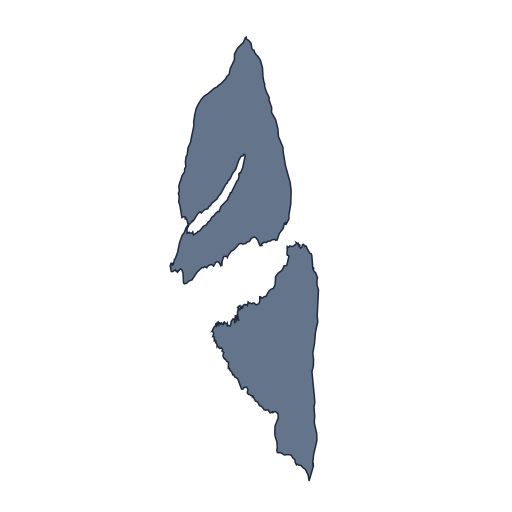 outline of Ibestad nor, Troms, Norway, rotated 278°
{"feature_id": "86288312B28202364266720", "entity_name": "Ibestad nor", "entity_type": "district", "adm_level": 2, "iso_a3": "NOR", "parent_name": "Norway", "parent_adm1": "Troms", "projection": "natural_earth1", "projection_center": [17.142, 68.828], "detail": "fine", "context": "isolated", "style": "filled", "palette": "slate", "viewbox_px": 512, "rotation_deg": 278, "n_neighbors": 0, "source": "geoboundaries", "source_scale": "gbopen_adm2", "svg_char_len": 6089}
<svg xmlns="http://www.w3.org/2000/svg" viewBox="0 0 512 512"><g transform="rotate(278 256 256)"><path d="M362.0,175.4L361.6,175.5L359.0,175.2L353.7,173.6L346.8,173.8L344.6,172.9L338.9,173.0L335.0,174.1L332.4,173.2L329.1,173.5L325.6,171.7L316.1,170.0L313.9,169.9L309.7,171.0L307.3,170.4L304.0,171.7L298.9,171.9L295.5,173.6L283.7,177.3L284.8,178.7L284.7,180.5L282.2,180.7L284.5,180.9L283.1,181.5L282.0,182.7L277.8,184.2L278.5,184.5L278.3,185.9L281.5,187.9L281.3,188.3L282.4,188.7L282.5,189.3L289.3,192.2L291.5,193.9L291.9,194.8L290.9,195.8L294.7,198.5L296.0,201.7L298.1,202.3L300.0,204.1L301.9,204.8L307.1,209.5L310.3,210.7L313.2,212.6L323.2,216.3L324.0,217.3L327.6,218.1L327.5,218.8L329.6,219.9L334.6,221.3L338.8,223.8L348.7,225.7L352.6,227.3L353.3,229.1L355.1,229.7L354.8,230.8L353.5,231.3L341.4,230.5L336.1,229.1L336.3,228.7L335.5,228.3L335.6,227.9L334.7,227.5L332.3,228.1L328.9,227.7L327.9,226.8L315.5,222.8L315.0,221.8L314.2,222.1L313.4,221.3L311.6,221.2L310.2,220.3L308.0,220.1L300.1,214.4L294.8,213.2L294.7,212.0L292.7,210.2L290.1,208.8L288.3,206.9L284.4,205.4L283.2,204.1L279.7,202.3L278.2,199.8L272.6,196.5L272.2,195.0L271.1,194.5L268.2,191.1L271.1,190.0L269.7,189.3L269.5,187.3L270.2,186.5L269.3,185.8L269.7,185.0L269.2,184.6L273.5,183.9L276.6,185.2L277.0,184.2L274.1,182.8L269.2,181.7L265.8,179.9L259.1,178.5L248.6,177.8L242.4,176.5L241.1,175.7L236.4,175.3L235.1,174.3L235.9,173.7L236.4,174.3L237.7,174.6L236.3,174.1L236.7,173.7L236.1,173.6L236.6,172.7L234.1,172.4L228.9,174.2L228.9,175.6L231.0,177.9L229.6,179.3L230.1,180.0L229.1,180.5L232.6,182.9L232.1,184.3L229.2,186.0L219.2,188.0L218.5,189.0L219.3,191.0L222.0,193.2L223.5,196.0L231.7,199.9L237.0,204.0L237.0,205.3L238.3,206.7L237.5,208.9L239.2,209.7L240.9,211.7L241.3,213.6L240.1,215.5L243.9,216.8L245.1,218.6L244.6,220.1L241.7,222.4L243.0,222.7L241.2,223.5L246.4,223.2L251.0,224.1L251.6,226.9L250.5,227.9L252.3,228.2L257.6,230.9L258.3,232.4L260.0,233.9L265.8,237.7L266.4,239.8L265.9,241.2L266.8,243.8L268.9,245.8L269.5,247.4L272.8,249.0L274.6,251.3L274.1,253.3L271.9,255.6L266.8,258.4L267.0,259.4L267.7,259.6L267.1,260.1L267.2,260.5L268.0,259.8L268.9,260.0L269.6,260.7L268.7,260.8L269.7,260.8L270.8,262.5L270.7,264.3L272.2,265.8L272.7,267.8L274.3,269.8L275.1,272.3L274.3,273.4L274.8,274.7L281.4,275.9L287.1,279.1L292.1,279.5L292.7,280.2L291.5,280.2L292.1,280.4L291.5,280.8L291.7,281.3L293.2,281.3L293.5,281.6L292.7,281.8L297.0,283.4L301.5,282.9L312.6,283.2L325.5,281.7L333.2,279.7L350.1,272.4L363.7,268.2L367.3,267.6L377.5,261.6L385.2,259.9L393.8,256.4L400.3,251.4L405.1,250.9L412.1,247.3L414.9,246.9L420.6,243.1L425.1,241.0L428.1,240.5L429.0,239.7L434.7,237.9L443.1,236.3L450.4,233.2L453.8,230.3L455.0,228.5L457.4,226.3L459.5,225.4L459.5,224.5L460.7,223.1L466.2,221.3L468.4,218.8L469.7,216.1L471.4,215.9L470.8,215.1L465.8,213.8L459.3,208.8L453.0,206.6L447.4,207.3L437.9,204.4L432.2,204.1L429.9,202.2L426.9,201.1L421.3,197.0L419.8,195.0L418.0,194.0L416.3,191.3L409.8,185.6L407.1,182.4L403.5,180.0L398.0,177.6L393.9,176.3L387.9,175.7L379.8,175.6L376.4,176.3L362.0,175.4ZM179.9,224.4L175.5,222.9L175.8,223.3L173.4,224.9L170.1,224.3L170.4,225.5L170.0,225.9L166.7,226.4L167.4,226.8L165.8,227.6L166.1,227.8L165.9,228.4L164.7,228.1L163.1,229.6L160.7,230.1L161.4,230.5L161.3,231.0L159.4,232.6L159.5,233.6L160.3,234.4L158.7,236.0L157.2,235.5L155.9,237.6L153.6,237.1L151.7,237.5L149.6,239.1L149.6,240.0L147.7,241.6L146.9,243.6L140.8,244.2L140.6,244.7L141.2,244.9L140.9,245.5L139.1,246.2L138.1,247.8L135.0,249.7L135.4,250.5L133.3,251.8L132.0,254.9L122.2,260.2L122.4,261.7L124.0,262.3L124.8,264.3L124.5,265.2L122.7,266.6L119.5,266.4L117.9,267.7L118.0,269.0L117.2,270.2L117.1,271.7L116.0,272.0L116.8,272.5L112.3,275.6L111.9,277.5L110.2,279.2L109.0,279.6L108.0,280.9L108.2,282.1L104.9,285.5L104.7,286.8L105.3,289.3L102.5,291.9L103.5,293.3L103.3,293.8L103.9,294.0L103.3,294.6L104.5,295.8L104.5,297.3L102.7,299.8L98.8,300.5L90.1,298.5L82.8,299.3L80.2,300.0L75.0,302.5L69.0,303.8L66.4,303.6L64.8,304.3L64.2,304.9L64.7,307.5L62.9,312.0L63.7,314.7L63.9,317.7L63.3,319.0L61.3,320.4L59.6,322.9L56.6,323.8L54.8,325.2L55.7,326.0L54.9,327.3L54.8,330.1L53.3,331.3L51.6,334.6L46.4,338.1L40.6,339.9L56.4,342.1L56.7,342.0L55.6,341.7L59.3,341.5L57.8,341.2L58.6,341.0L67.3,340.7L81.9,342.0L88.7,340.8L99.0,336.9L105.9,336.4L114.3,334.5L119.7,334.6L149.3,327.5L154.6,328.1L161.7,327.4L167.6,325.8L178.4,326.1L188.5,325.5L199.6,326.3L205.4,324.9L231.2,322.6L235.5,320.5L241.0,319.7L243.0,320.0L248.1,317.1L248.2,316.3L250.2,314.7L251.6,314.9L252.8,314.4L250.5,314.5L251.2,314.1L264.3,311.2L265.9,310.3L266.3,308.9L270.5,305.5L272.5,304.6L272.9,303.7L272.3,303.1L274.1,301.5L273.9,300.7L272.9,300.5L273.7,300.4L271.2,300.3L269.9,299.0L272.2,297.3L272.8,297.4L271.9,298.3L273.0,297.8L272.9,297.3L272.1,297.1L274.0,296.2L273.5,296.0L274.2,295.6L274.9,294.0L274.2,294.5L270.8,291.6L270.4,289.8L270.7,288.2L269.1,287.2L269.8,285.6L261.7,286.5L261.1,286.9L261.1,287.8L260.8,288.3L260.6,288.5L260.4,288.6L251.5,287.8L250.4,286.9L250.3,285.2L245.5,283.8L241.9,280.1L238.4,278.3L230.3,278.9L226.4,277.7L224.9,275.2L222.8,273.5L217.6,271.6L216.8,269.6L215.1,268.1L215.1,266.9L216.1,266.5L216.2,265.4L211.0,266.0L209.0,265.3L207.6,262.8L209.2,260.7L209.1,259.5L208.2,258.9L208.1,258.2L208.6,256.8L208.3,256.1L209.4,254.6L205.9,254.4L206.6,253.8L206.0,252.0L206.5,251.6L205.5,250.3L202.1,249.9L204.8,248.8L202.2,249.1L202.1,248.3L202.6,248.3L203.1,248.0L202.0,248.2L202.4,247.9L200.8,247.8L200.3,247.1L202.7,245.6L204.5,247.0L203.5,247.6L204.6,247.1L204.5,246.7L202.4,244.9L201.4,245.8L197.5,245.5L193.9,246.3L189.4,248.0L191.2,246.1L193.0,245.3L191.9,245.2L191.8,244.6L194.7,243.8L192.0,243.9L190.9,244.3L190.2,245.4L188.2,245.3L187.2,244.1L190.5,243.4L190.6,242.0L187.9,240.6L183.0,240.3L183.1,238.8L183.8,237.8L183.1,237.3L185.3,236.9L184.8,236.7L185.1,235.9L184.8,235.0L186.3,234.0L185.4,233.0L183.0,233.2L183.9,232.7L183.7,231.8L184.8,231.0L183.8,230.4L184.7,229.6L184.8,228.4L182.5,228.8L183.2,227.7L185.3,227.6L184.5,226.7L182.5,227.2L181.0,226.6L182.2,225.8L184.0,225.7L181.3,225.6L179.9,224.4Z" fill="#64748b" stroke="#1e293b" stroke-width="1.5"/></g></svg>